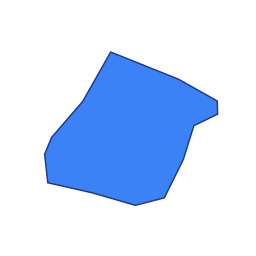 the state/province of São Miguel, rotated 252°
{"feature_id": "CPV-5047", "entity_name": "São Miguel", "entity_type": "state/province", "adm_level": 1, "iso_a3": "CPV", "parent_name": "Cabo Verde", "parent_adm1": "", "projection": "albers", "projection_center": [-23.646, 15.174], "detail": "fine", "context": "isolated", "style": "filled", "palette": "blue", "viewbox_px": 256, "rotation_deg": 252, "n_neighbors": 0, "source": "natural_earth", "source_scale": "10m", "svg_char_len": 341}
<svg xmlns="http://www.w3.org/2000/svg" viewBox="0 0 256 256"><g transform="rotate(252 128 128)"><path d="M100.7,34.8L128.8,40.6L142.7,52.5L167.3,93.2L205.6,135.0L158.5,191.4L148.7,200.4L126.1,221.2L113.5,217.5L109.9,191.4L81.0,170.9L50.4,141.0L52.2,111.1L77.5,73.8L100.7,34.8Z" fill="#3b82f6" stroke="#1e3a8a" stroke-width="1.5"/></g></svg>